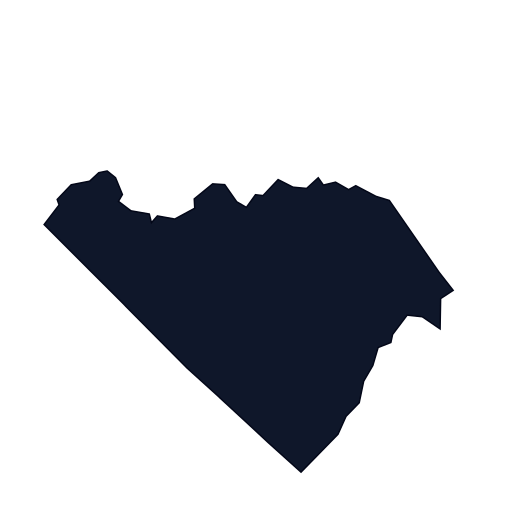 the district of Patrick, Virginia, United States of America, rotated 42°
{"feature_id": "52423323B55651194220795", "entity_name": "Patrick", "entity_type": "district", "adm_level": 2, "iso_a3": "USA", "parent_name": "United States of America", "parent_adm1": "Virginia", "projection": "natural_earth1", "projection_center": [-80.328, 36.707], "detail": "fine", "context": "isolated", "style": "filled", "palette": "ink", "viewbox_px": 512, "rotation_deg": 42, "n_neighbors": 0, "source": "geoboundaries", "source_scale": "gbopen_adm2", "svg_char_len": 870}
<svg xmlns="http://www.w3.org/2000/svg" viewBox="0 0 512 512"><g transform="rotate(42 256 256)"><path d="M317.9,125.5L305.2,131.4L283.1,137.0L280.4,144.7L265.7,147.9L258.6,158.2L249.9,156.2L248.4,171.9L237.4,180.1L221.3,184.4L220.8,206.4L214.6,210.8L216.3,226.3L205.4,228.6L185.0,223.9L175.5,231.4L171.9,254.9L178.5,261.5L170.9,282.9L155.9,292.2L156.0,301.2L148.6,296.2L132.8,306.1L117.2,307.4L115.6,299.7L99.2,291.8L88.5,292.4L83.4,299.3L82.3,311.7L71.0,326.7L70.4,347.0L75.5,349.8L77.5,374.4L142.0,377.8L187.3,380.1L192.0,380.4L192.7,380.5L279.8,385.4L322.5,385.5L324.3,385.6L358.7,386.0L360.0,386.0L390.3,386.5L434.1,386.5L436.2,333.6L430.2,314.9L430.9,296.0L419.8,277.0L416.1,259.2L408.0,242.3L414.1,230.0L410.0,222.9L407.9,198.8L420.2,189.9L441.6,187.0L421.7,164.1L425.5,149.6L403.0,145.6L317.9,125.5Z" fill="#0f172a" stroke="#020617" stroke-width="1.5"/></g></svg>